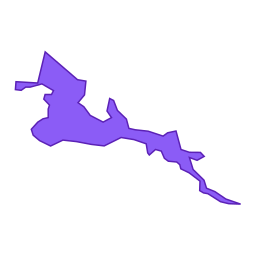 outline of Navbakhor, Navoi, Uzbekistan
{"feature_id": "79887680B67095237367046", "entity_name": "Navbakhor", "entity_type": "district", "adm_level": 2, "iso_a3": "UZB", "parent_name": "Uzbekistan", "parent_adm1": "Navoi", "projection": "equal_earth", "projection_center": [65.4, 40.147], "detail": "fine", "context": "isolated", "style": "filled", "palette": "violet", "viewbox_px": 256, "rotation_deg": 0, "n_neighbors": 0, "source": "geoboundaries", "source_scale": "gbopen_adm2", "svg_char_len": 996}
<svg xmlns="http://www.w3.org/2000/svg" viewBox="0 0 256 256"><path d="M45.2,51.9L37.7,83.0L16.0,81.7L15.4,89.6L21.2,90.3L25.7,87.1L30.2,87.1L41.9,83.9L53.5,90.6L51.5,94.5L45.1,94.5L43.8,99.1L49.5,105.1L48.2,109.0L48.2,117.6L43.0,118.8L37.8,122.1L31.3,129.3L33.2,135.2L39.6,140.6L50.6,146.0L62.9,140.1L76.5,141.6L91.3,144.4L104.2,145.9L121.1,137.5L134.0,139.6L146.2,143.8L147.7,152.9L149.3,155.0L155.5,149.5L161.3,151.1L164.4,158.3L168.3,161.2L176.7,162.0L179.8,164.7L180.8,168.8L189.1,172.8L200.0,181.1L199.7,190.6L203.5,192.9L207.9,193.7L220.5,201.7L228.8,203.7L240.6,204.1L225.8,199.0L214.9,191.6L206.5,188.2L204.0,180.2L193.1,169.5L189.4,157.5L197.1,160.3L204.2,156.4L200.4,152.4L189.4,152.3L181.0,149.5L176.0,131.0L167.6,132.8L163.1,136.1L148.2,131.2L135.3,129.8L128.9,128.4L126.4,119.1L117.4,110.4L113.6,100.5L109.7,98.5L107.0,111.0L111.5,117.6L103.1,122.1L90.2,115.4L83.8,106.7L78.0,102.7L84.5,94.9L85.9,81.1L77.5,79.7L45.2,51.9Z" fill="#8b5cf6" stroke="#5b21b6" stroke-width="1.5"/></svg>